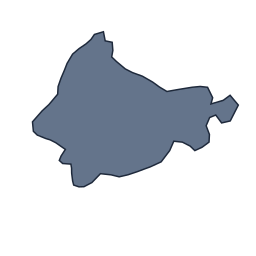 outline of Prastio Ammochostou, Cyprus, rotated 297°
{"feature_id": "46923920B46952699508518", "entity_name": "Prastio Ammochostou", "entity_type": "district", "adm_level": 2, "iso_a3": "CYP", "parent_name": "Cyprus", "parent_adm1": "", "projection": "robinson", "projection_center": [33.764, 35.159], "detail": "fine", "context": "isolated", "style": "filled", "palette": "slate", "viewbox_px": 256, "rotation_deg": 297, "n_neighbors": 0, "source": "geoboundaries", "source_scale": "gbopen_adm2", "svg_char_len": 1002}
<svg xmlns="http://www.w3.org/2000/svg" viewBox="0 0 256 256"><g transform="rotate(297 128 128)"><path d="M63.0,120.6L74.8,124.2L78.6,134.2L80.5,142.3L86.3,149.2L93.2,156.0L98.8,161.1L103.4,165.4L112.9,172.9L126.8,175.4L137.0,174.8L140.1,182.9L140.1,191.6L138.2,197.8L144.6,202.8L152.2,206.6L159.2,203.5L165.5,196.6L174.4,196.0L179.4,200.3L175.0,209.1L180.7,215.9L189.6,215.9L198.5,215.9L203.5,204.1L195.9,200.3L187.1,191.0L193.4,189.7L200.4,180.4L197.8,173.5L193.4,166.6L185.2,155.4L178.2,146.1L178.8,137.3L180.1,129.2L180.7,117.4L179.4,106.8L179.4,98.7L182.0,87.5L183.9,81.2L190.2,79.3L197.2,75.0L195.3,68.1L202.6,62.4L196.1,55.6L190.0,54.8L183.9,52.4L176.6,48.4L168.7,45.1L157.9,44.4L150.9,45.1L142.0,45.7L133.2,46.9L126.2,50.0L112.9,46.9L104.6,43.8L90.1,40.1L82.1,45.2L80.5,50.4L81.3,59.6L82.1,64.0L82.1,70.3L80.5,81.9L72.7,81.1L67.9,81.5L66.7,85.9L69.9,93.5L66.7,95.9L62.2,98.3L55.7,102.7L52.5,105.5L53.3,111.0L55.7,115.4L63.0,120.6Z" fill="#64748b" stroke="#1e293b" stroke-width="1.5"/></g></svg>